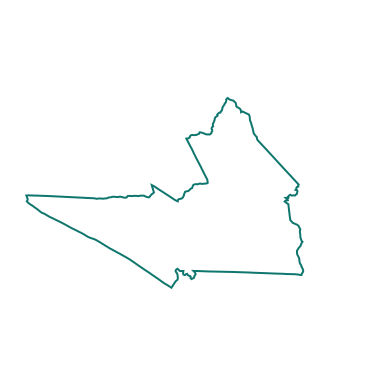 São Mateus, Espírito Santo, Brazil, rotated 123°
{"feature_id": "56859067B41614264111090", "entity_name": "São Mateus", "entity_type": "district", "adm_level": 2, "iso_a3": "BRA", "parent_name": "Brazil", "parent_adm1": "Espírito Santo", "projection": "equal_earth", "projection_center": [-40.024, -18.796], "detail": "fine", "context": "isolated", "style": "outline", "palette": "teal", "viewbox_px": 384, "rotation_deg": 123, "n_neighbors": 0, "source": "geoboundaries", "source_scale": "gbopen_adm2", "svg_char_len": 5488}
<svg xmlns="http://www.w3.org/2000/svg" viewBox="0 0 384 384"><g transform="rotate(123 192 192)"><path d="M127.6,106.7L122.7,126.2L122.3,127.9L117.8,145.2L112.7,165.4L111.9,166.6L110.7,167.4L110.4,168.9L109.9,170.2L109.6,171.2L109.1,172.4L108.1,173.2L107.4,174.0L106.3,175.1L105.3,176.1L104.3,177.4L103.0,178.9L102.0,180.0L101.1,181.2L100.2,182.5L99.3,183.2L98.3,183.9L97.0,185.1L96.1,186.3L96.2,187.7L96.4,189.1L96.6,190.3L96.7,191.4L96.9,193.3L98.4,194.3L96.7,195.7L96.1,197.1L96.0,199.2L96.3,200.3L95.9,201.6L94.9,202.4L94.1,203.2L93.4,204.1L93.1,205.9L92.8,207.0L93.2,208.1L93.6,209.5L93.9,210.8L94.0,212.1L93.7,213.2L94.7,213.7L96.0,213.6L96.9,212.9L98.0,212.6L99.2,212.5L100.0,212.8L100.9,212.4L102.0,212.5L103.4,212.5L104.7,212.4L105.8,211.9L106.9,211.4L107.8,211.4L108.8,211.8L109.9,211.4L110.8,212.4L112.2,212.8L113.4,213.0L114.1,212.1L115.1,212.4L116.2,213.0L117.2,213.0L118.3,212.8L119.3,212.2L120.7,212.0L121.9,211.7L123.2,211.7L124.4,211.1L125.5,210.0L126.9,210.5L128.3,210.1L128.8,209.0L129.8,208.2L131.0,208.3L132.0,207.8L132.9,208.1L134.1,208.4L135.0,210.0L135.8,211.1L136.2,212.8L136.4,214.2L136.8,215.6L137.1,216.8L137.8,218.1L139.3,217.8L140.8,218.8L141.7,219.4L142.4,220.2L143.2,221.2L143.7,222.4L144.7,223.6L145.7,224.0L146.8,224.0L147.6,223.6L149.0,224.3L150.3,225.8L152.4,222.1L153.4,220.3L154.2,218.9L156.2,215.3L157.5,213.1L158.3,211.9L159.9,209.2L160.5,208.2L161.6,206.3L162.7,204.3L163.5,202.9L166.5,197.6L167.2,196.5L169.9,191.9L172.5,187.3L173.4,185.8L174.8,184.6L175.7,183.8L176.7,184.2L177.7,185.4L178.4,186.4L179.1,187.1L180.0,188.4L180.5,189.9L181.6,190.8L182.5,191.5L183.1,192.8L184.3,194.1L185.3,194.7L186.4,194.6L187.8,194.3L188.7,194.1L189.9,194.8L191.5,195.2L192.6,195.4L193.4,195.8L194.5,197.0L195.5,197.9L196.5,197.7L197.9,197.5L199.2,197.0L200.4,196.8L201.6,196.7L203.0,197.1L204.3,198.2L205.4,199.3L206.6,199.4L207.6,198.9L208.0,201.9L207.9,207.1L207.9,214.4L207.9,221.7L207.8,226.4L208.1,229.5L209.1,228.4L213.1,223.7L214.6,224.0L215.8,224.6L216.7,224.6L217.6,224.9L218.6,224.9L219.9,225.1L220.7,226.8L221.1,228.6L221.2,230.2L221.9,231.3L222.5,232.3L223.3,233.5L224.4,234.4L225.2,235.9L226.0,237.3L227.0,238.8L228.0,239.9L228.5,240.8L229.3,242.2L230.2,243.6L231.3,243.8L232.3,243.9L233.2,245.0L233.9,246.4L234.5,248.3L235.0,249.6L235.5,250.4L236.3,250.9L236.9,251.8L237.3,252.7L237.9,253.7L238.5,255.0L239.1,255.8L239.9,256.5L240.7,257.3L241.8,258.7L242.9,259.5L243.8,260.1L244.5,261.1L245.1,261.8L245.9,262.8L246.5,263.7L246.9,264.6L247.6,265.7L248.2,266.7L249.1,267.6L249.8,268.6L250.1,269.6L250.7,270.9L252.3,273.6L254.0,276.5L255.7,279.5L257.7,282.9L264.8,295.1L273.8,310.6L276.4,314.9L277.4,316.5L278.5,318.5L279.3,319.8L280.9,322.3L281.7,323.7L282.7,325.3L283.9,327.4L285.2,329.0L285.9,327.9L286.8,326.9L287.5,325.9L288.5,325.5L289.8,325.4L290.3,323.4L290.5,321.3L290.4,319.8L290.4,317.9L290.6,315.7L290.6,314.5L290.7,312.6L290.8,311.1L291.0,309.8L291.2,307.5L291.1,306.2L290.8,304.9L290.6,303.1L290.5,300.4L290.4,297.6L290.1,295.8L289.8,293.7L289.6,291.7L289.3,289.5L289.1,287.8L288.7,284.2L288.6,283.0L288.5,281.8L288.4,280.6L288.3,279.4L288.2,277.9L288.1,276.5L288.0,275.2L287.9,274.0L287.8,272.8L287.6,271.1L287.4,269.5L287.1,266.9L286.9,264.8L286.6,262.7L286.5,261.1L286.4,259.7L286.4,257.9L286.3,256.3L286.3,254.9L286.1,253.7L285.8,252.3L285.5,250.8L285.0,249.3L284.7,247.9L284.5,246.1L284.4,244.4L284.3,242.2L284.2,236.7L284.2,234.9L284.1,233.6L284.1,232.0L284.0,229.7L283.8,227.8L283.7,226.0L283.5,224.1L283.5,222.9L283.3,220.8L283.1,218.9L283.0,216.9L282.9,215.2L282.7,213.1L282.6,210.7L282.5,208.6L282.5,206.9L282.6,204.2L282.6,203.0L282.6,201.6L282.7,199.8L282.8,197.2L282.9,193.0L282.9,191.6L283.0,188.2L283.0,185.5L283.0,183.9L283.1,182.0L283.2,179.8L283.2,177.1L283.3,175.5L283.3,174.3L283.3,173.2L283.4,171.5L283.5,170.0L283.6,168.3L283.6,167.0L283.7,165.3L283.5,162.3L283.5,160.5L283.5,157.1L282.4,157.1L280.3,157.1L276.4,157.1L275.1,156.9L273.7,156.4L272.8,156.6L271.7,157.1L271.0,157.7L270.3,158.3L269.2,159.2L268.5,160.0L268.0,161.3L267.5,162.5L266.5,163.0L265.4,162.9L264.3,162.4L264.6,160.5L264.9,159.4L264.4,158.2L263.7,157.4L262.9,156.2L264.2,155.6L265.2,155.2L265.9,154.1L265.6,152.7L264.2,152.3L263.3,151.6L264.0,150.3L263.9,149.2L263.5,148.0L263.8,146.9L264.9,146.5L265.3,145.0L263.8,144.1L262.7,143.6L261.6,144.1L260.0,144.2L258.7,144.3L257.8,145.9L257.4,147.8L254.3,142.7L249.7,135.0L242.4,123.2L236.2,113.2L234.9,111.0L228.5,100.4L227.8,99.2L226.9,97.6L221.5,88.6L217.1,81.2L215.4,78.3L212.3,73.2L211.6,72.1L209.2,67.9L204.6,60.4L202.0,55.0L200.9,55.3L199.7,55.4L198.7,55.4L197.5,55.8L196.5,56.8L196.0,57.8L195.4,58.5L194.9,59.7L194.1,60.3L193.6,61.3L193.2,62.6L192.3,63.3L191.4,64.3L190.4,65.1L189.4,65.9L188.8,66.8L188.1,67.8L187.4,69.2L186.6,70.2L185.2,71.3L183.9,72.0L182.5,72.0L181.4,72.0L180.5,72.0L179.3,71.8L177.8,71.6L176.9,72.0L175.7,72.1L174.6,72.4L173.6,72.2L173.3,73.4L172.4,74.7L171.4,75.9L170.6,76.7L169.6,77.4L168.8,77.9L168.0,78.7L166.9,79.7L165.6,80.4L164.3,80.8L163.7,82.2L162.7,83.5L162.3,84.9L162.2,86.2L162.5,87.6L162.7,89.1L163.0,90.9L162.4,92.8L162.1,94.2L157.2,98.4L149.7,104.6L149.8,106.0L149.5,109.1L148.2,108.8L147.4,107.9L146.8,107.2L146.1,108.3L145.9,110.2L145.2,109.3L145.0,108.0L144.1,108.0L143.6,108.9L142.2,108.7L140.8,108.1L140.7,106.4L139.5,105.0L138.9,103.7L137.7,103.5L136.6,103.0L135.8,103.2L135.0,103.6L134.0,103.9L133.3,104.9L133.8,106.3L132.5,106.2L131.4,106.8L130.5,106.6L129.5,105.8L128.5,106.6L127.6,106.7Z" fill="none" stroke="#0f766e" stroke-width="2"/></g></svg>